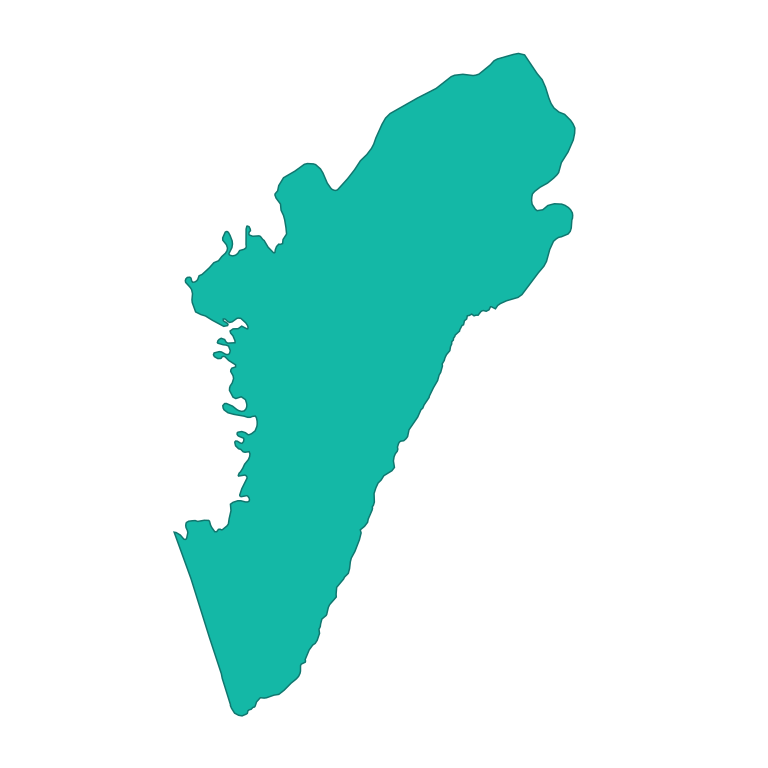 outline of Girardot, Cundinamarca, Colombia, rotated 170°
{"feature_id": "7082276B44734955645531", "entity_name": "Girardot", "entity_type": "district", "adm_level": 2, "iso_a3": "COL", "parent_name": "Colombia", "parent_adm1": "Cundinamarca", "projection": "robinson", "projection_center": [-74.792, 4.35], "detail": "fine", "context": "isolated", "style": "filled", "palette": "teal", "viewbox_px": 768, "rotation_deg": 170, "n_neighbors": 0, "source": "geoboundaries", "source_scale": "gbopen_adm2", "svg_char_len": 6137}
<svg xmlns="http://www.w3.org/2000/svg" viewBox="0 0 768 768"><g transform="rotate(170 384 384)"><path d="M261.2,438.7L258.4,441.6L255.4,443.0L248.8,444.7L237.0,446.0L232.6,448.1L212.7,466.7L206.1,472.2L202.7,476.5L197.4,487.7L192.3,495.1L189.0,497.1L186.5,498.1L183.7,498.2L176.6,499.8L174.1,502.0L172.5,505.1L170.5,513.0L169.6,514.5L168.9,517.3L168.8,519.8L170.0,523.2L171.7,525.7L174.7,528.5L177.8,530.3L184.9,531.9L187.8,531.7L191.7,531.3L197.4,528.0L203.1,528.1L204.6,529.8L206.9,535.3L206.8,539.1L205.9,542.7L204.8,545.4L202.2,547.5L196.1,550.7L188.0,553.5L181.2,557.3L177.3,560.0L175.3,561.9L170.9,571.2L162.4,580.6L155.2,591.5L152.7,597.9L151.6,602.9L152.6,607.1L154.4,611.2L159.3,618.2L164.5,621.4L168.7,626.3L170.8,631.3L172.0,637.0L173.4,648.0L175.4,656.2L179.3,663.1L188.4,683.7L194.2,686.2L199.3,686.1L215.8,684.4L219.5,683.2L223.9,679.8L236.6,672.7L240.0,672.2L242.7,672.3L252.5,675.3L260.9,675.8L264.5,675.0L281.4,666.0L301.2,659.9L331.0,649.3L336.3,645.6L340.8,640.2L349.3,627.7L352.4,622.1L355.4,618.2L361.1,612.9L368.4,608.0L375.9,600.0L384.2,592.5L395.9,583.4L396.8,583.1L398.2,583.0L399.8,583.6L401.7,585.0L402.5,586.3L405.0,591.7L407.5,602.4L409.2,606.8L413.2,611.9L415.3,613.0L421.1,614.4L424.3,614.2L434.8,609.1L447.1,604.6L453.2,597.7L455.2,592.7L458.2,590.2L458.6,589.1L458.0,585.8L454.7,579.2L455.2,573.0L453.7,567.4L453.3,562.9L453.4,555.0L453.9,548.6L458.3,543.9L459.5,539.9L461.9,539.5L463.4,540.0L465.9,538.1L467.6,535.3L468.6,532.5L469.5,532.2L470.2,532.7L474.4,538.9L477.1,546.1L478.3,547.4L480.1,550.8L481.4,551.6L487.7,552.3L490.7,554.1L491.0,554.8L490.8,556.2L490.2,557.3L488.9,558.1L488.8,559.7L489.6,562.4L491.2,563.3L491.7,563.2L492.9,560.5L495.7,545.1L495.7,543.6L496.3,542.1L498.3,541.0L503.0,540.5L505.4,537.9L507.9,536.6L510.8,536.4L513.1,537.4L514.0,538.3L514.0,539.5L510.1,544.7L508.9,548.2L508.7,551.3L509.8,557.0L510.9,560.3L511.8,561.3L512.9,561.5L514.0,561.1L517.5,555.9L517.8,553.6L515.0,548.5L514.5,545.1L515.4,542.6L517.5,540.3L521.6,537.7L525.6,534.1L530.5,533.0L535.8,528.8L544.1,523.5L547.3,522.7L549.3,519.3L550.6,518.1L552.7,517.3L554.7,517.4L555.5,518.9L555.7,521.8L556.7,522.9L559.2,523.1L560.9,521.9L561.7,520.3L561.7,518.5L558.0,512.6L557.1,510.4L556.9,506.2L558.5,500.3L558.7,497.5L557.0,487.7L552.3,484.2L548.0,482.0L542.0,476.6L531.8,468.6L527.9,468.7L527.3,469.7L527.5,470.7L531.1,474.0L531.3,474.8L531.0,475.9L529.6,475.7L528.8,475.1L527.5,473.2L525.4,471.4L522.7,471.6L517.4,474.2L515.8,474.2L513.6,473.5L509.5,468.2L508.2,465.2L508.0,463.4L508.7,462.0L509.5,462.2L514.1,465.7L518.0,463.8L523.1,464.5L526.4,462.9L526.2,460.8L524.4,457.7L523.2,452.4L523.6,450.5L530.9,451.4L532.3,452.9L533.2,455.5L536.4,457.3L538.5,456.6L540.0,455.5L540.9,453.7L540.5,453.0L535.6,450.6L532.6,449.7L530.5,448.3L529.6,443.5L530.7,441.2L531.5,440.4L532.4,440.1L534.6,440.6L538.5,443.8L540.6,444.5L545.9,444.1L546.9,442.4L546.3,440.4L543.3,437.9L540.7,437.5L539.8,437.7L538.7,438.9L537.3,439.1L535.8,438.4L532.9,434.2L526.8,428.6L527.2,426.6L531.1,426.0L532.4,424.5L532.8,422.9L531.2,418.4L531.2,415.5L533.3,411.4L535.7,408.9L536.7,407.1L537.3,404.6L535.0,397.3L532.5,395.4L526.8,396.2L523.2,392.7L522.7,389.2L522.7,387.1L523.2,385.3L524.1,383.6L526.3,381.8L528.9,381.7L531.7,383.0L533.3,384.3L537.0,388.5L542.6,392.2L544.4,392.4L546.5,390.7L546.6,388.2L546.0,386.3L542.7,382.8L537.2,380.2L527.3,376.6L524.1,374.9L521.4,374.4L519.4,374.9L516.4,374.8L515.5,373.0L515.4,369.5L515.8,366.7L516.5,364.4L519.1,360.2L523.0,358.1L525.5,357.5L526.6,357.6L528.9,360.1L532.3,361.9L536.2,361.9L537.1,361.3L537.4,359.9L536.8,358.5L535.8,357.6L531.7,355.0L531.6,353.8L532.3,351.7L534.1,350.2L535.6,350.7L538.4,353.2L540.0,353.6L540.9,352.9L541.1,352.1L540.9,348.9L538.5,345.5L536.4,344.5L534.5,341.7L532.7,340.9L528.6,340.8L528.1,338.5L529.0,335.7L530.7,333.1L535.2,329.2L537.7,325.6L540.7,322.3L542.1,321.4L543.4,319.3L543.2,318.6L536.9,318.5L535.8,317.8L535.1,316.2L535.2,315.1L542.2,305.6L545.3,299.9L545.4,299.2L545.0,298.2L544.0,297.8L538.6,297.9L537.7,297.3L536.6,295.1L536.6,293.1L537.3,292.0L538.8,291.5L540.9,291.9L545.3,293.9L548.4,294.4L553.2,293.7L556.1,292.3L556.7,285.8L559.9,278.2L561.6,273.1L563.3,271.5L568.4,268.6L569.5,268.6L570.7,269.5L572.3,269.6L574.4,267.6L576.3,267.9L578.6,272.7L579.3,275.1L579.7,279.2L580.4,280.1L584.7,281.0L591.3,281.0L593.7,282.3L596.5,282.6L600.2,282.8L602.6,281.9L603.1,281.2L603.8,279.2L603.9,277.0L603.1,274.0L603.0,271.7L605.0,266.7L605.8,265.6L606.7,265.4L608.0,265.9L610.8,270.6L614.5,273.8L616.4,274.5L607.9,225.9L599.9,164.4L594.5,127.0L594.4,122.1L590.9,94.9L591.1,93.9L590.5,91.2L588.3,85.8L584.7,83.0L581.4,81.8L577.1,82.8L575.8,83.4L574.7,85.9L573.1,86.6L571.4,86.7L569.2,88.3L567.6,88.4L566.8,89.2L564.7,93.1L560.7,96.2L560.1,96.5L556.6,95.5L554.2,95.4L546.4,96.7L541.5,96.6L535.5,99.8L527.5,105.5L521.4,108.9L518.8,111.0L516.9,113.7L516.1,115.8L515.1,121.2L514.1,122.5L509.9,123.7L509.4,124.8L509.5,126.3L503.8,135.2L499.5,139.3L496.8,140.5L494.3,143.2L490.8,149.6L490.6,153.8L488.9,156.1L488.1,158.7L486.0,163.3L481.2,166.1L480.5,166.9L477.6,173.7L475.8,176.2L468.0,182.5L467.7,185.2L465.9,192.0L457.7,198.9L456.5,200.6L452.0,203.8L450.0,208.1L448.0,214.8L446.4,218.3L441.7,224.2L435.3,234.8L432.4,241.3L432.7,244.5L427.9,247.2L424.2,250.6L423.0,253.7L417.6,261.9L416.9,263.6L416.9,265.0L415.5,266.4L414.0,269.4L412.8,277.9L410.0,283.2L407.0,287.5L403.5,289.9L400.1,293.7L391.3,297.2L388.2,300.0L388.1,306.6L386.7,310.6L385.0,313.3L382.6,315.5L381.7,317.4L381.7,319.6L379.9,323.0L378.7,324.3L377.2,324.8L374.4,324.7L371.9,326.2L369.9,328.1L367.3,334.6L356.6,345.5L352.1,352.2L350.0,353.5L348.2,356.4L342.0,362.8L341.3,364.4L336.0,371.7L330.6,378.1L328.2,383.2L326.1,385.7L324.4,389.3L323.3,391.6L323.2,393.7L320.6,396.7L319.4,399.2L317.4,402.0L313.4,405.4L311.9,409.5L310.4,411.6L309.9,413.9L308.1,415.2L307.5,417.2L306.1,418.4L305.4,419.8L300.4,423.0L300.0,424.2L297.0,428.1L295.4,428.5L293.8,432.3L291.3,433.7L290.1,436.7L288.1,436.7L285.5,437.6L283.5,435.5L281.5,435.8L279.4,435.4L276.0,438.5L274.8,439.0L273.4,439.1L270.7,437.9L267.7,438.8L265.7,441.6L264.8,441.4L261.2,438.7Z" fill="#14b8a6" stroke="#0f766e" stroke-width="1.5"/></g></svg>